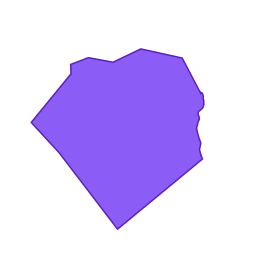 Labayee, Castries, Saint Lucia, rotated 61°
{"feature_id": "8701671B83780855203463", "entity_name": "Labayee", "entity_type": "district", "adm_level": 2, "iso_a3": "LCA", "parent_name": "Saint Lucia", "parent_adm1": "Castries", "projection": "mercator", "projection_center": [-60.972, 13.941], "detail": "fine", "context": "isolated", "style": "filled", "palette": "violet", "viewbox_px": 256, "rotation_deg": 61, "n_neighbors": 0, "source": "geoboundaries", "source_scale": "gbopen_adm2", "svg_char_len": 1874}
<svg xmlns="http://www.w3.org/2000/svg" viewBox="0 0 256 256"><g transform="rotate(61 128 128)"><path d="M76.4,209.9L116.4,200.2L211.4,186.2L191.2,77.9L190.9,77.9L186.1,77.1L181.6,76.0L180.7,75.2L177.2,72.2L175.8,71.4L171.7,70.9L170.1,70.5L167.6,69.9L165.6,69.5L161.8,68.2L160.5,67.5L159.3,66.0L157.7,64.8L156.5,63.6L156.4,63.4L156.2,63.1L156.0,62.8L155.8,62.6L155.7,62.4L155.5,62.1L155.3,62.0L155.2,61.8L155.1,61.7L154.8,61.4L154.7,61.2L154.3,61.0L154.2,61.0L154.0,60.9L153.8,60.8L153.6,60.7L153.4,60.7L153.2,60.6L152.8,60.5L152.6,60.5L152.4,60.4L152.2,60.4L151.8,60.3L151.6,60.2L151.4,60.2L151.2,60.2L150.7,60.1L150.4,60.1L150.1,60.0L149.9,59.9L149.7,59.9L149.3,59.7L149.2,59.5L149.0,59.4L148.8,59.3L148.6,59.2L148.4,58.9L148.2,58.8L148.1,58.6L147.9,58.3L147.8,58.1L147.7,58.0L147.7,57.7L147.6,57.3L147.6,57.1L147.6,56.9L147.5,56.7L147.5,56.3L147.5,56.1L147.4,55.9L147.4,55.7L147.3,55.3L147.2,55.1L147.2,54.8L147.1,54.7L147.0,54.4L147.0,54.1L146.9,53.9L146.9,53.7L146.7,53.3L146.6,53.1L146.6,52.9L146.4,52.5L146.3,52.3L146.1,52.1L145.9,51.8L145.7,51.7L145.4,51.4L145.2,51.2L144.9,50.9L144.7,50.7L144.3,50.4L144.1,50.2L143.9,50.1L143.7,49.9L143.3,49.8L143.2,49.7L142.8,49.5L142.6,49.4L142.4,49.3L142.2,49.2L141.9,49.1L141.6,48.9L141.4,48.8L141.2,48.7L140.8,48.5L140.6,48.4L140.3,48.3L140.1,48.3L139.8,48.2L139.7,48.2L139.4,48.1L139.2,48.1L138.9,48.0L138.6,47.9L138.4,47.8L138.2,47.7L137.9,47.5L137.8,47.4L137.6,47.3L137.4,47.2L137.2,47.0L136.8,46.9L136.6,46.8L136.3,46.7L136.1,46.6L135.9,46.5L135.7,46.5L135.5,46.4L135.3,46.4L135.0,46.3L134.8,46.3L134.6,46.2L134.4,46.2L134.2,46.2L133.8,46.2L133.6,46.2L133.4,46.2L133.2,46.3L132.8,46.5L132.6,46.7L132.5,46.8L132.3,46.9L132.2,47.0L131.9,47.1L131.7,47.2L132.3,47.6L93.1,46.7L65.0,78.5L65.0,79.1L63.2,109.3L47.3,128.5L44.6,147.3L53.0,151.6L76.1,209.6L76.4,209.9Z" fill="#8b5cf6" stroke="#5b21b6" stroke-width="1.5"/></g></svg>